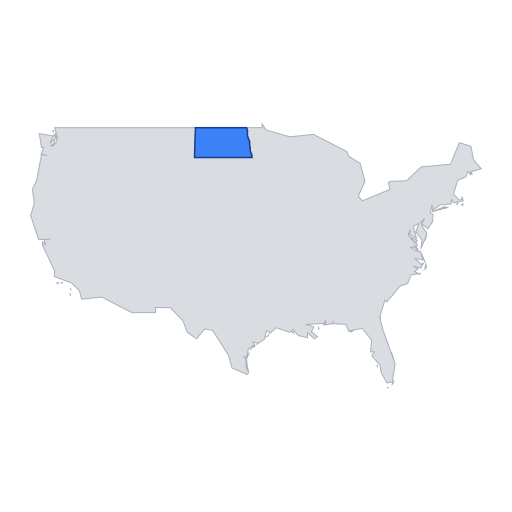 United States of America, with North Dakota highlighted
{"feature_id": "USA-3516", "entity_name": "North Dakota", "entity_type": "State", "adm_level": 1, "iso_a3": "USA", "parent_name": "United States of America", "parent_adm1": "", "projection": "equal_earth", "projection_center": [-98.519, 47.467], "detail": "fine", "context": "in_parent", "style": "filled", "palette": "blue", "viewbox_px": 512, "rotation_deg": 0, "n_neighbors": 0, "source": "natural_earth", "source_scale": "10m", "svg_char_len": 5928}
<svg xmlns="http://www.w3.org/2000/svg" viewBox="0 0 512 512"><path d="M421.2,166.9L450.5,164.2L459.4,142.6L471.0,146.3L473.4,159.7L481.3,168.7L470.5,171.9L470.2,174.4L467.9,171.3L465.9,176.7L457.6,180.4L453.5,194.1L459.3,200.0L462.5,199.3L461.3,196.7L462.5,197.9L463.2,200.9L453.8,202.8L451.6,199.6L451.1,204.0L440.1,204.9L432.4,210.5L432.9,207.3L431.9,205.3L430.4,212.8L432.9,214.2L432.8,220.6L428.0,228.9L421.6,223.7L424.6,218.5L420.9,222.2L423.1,227.9L425.9,231.3L426.7,235.0L420.8,248.7L422.2,240.1L415.9,232.0L418.7,223.5L413.4,226.1L416.5,238.6L410.8,234.8L409.0,235.2L410.3,231.3L410.1,230.1L408.6,233.2L408.7,235.8L417.3,240.7L415.7,243.0L411.7,238.6L410.2,237.8L415.3,243.1L417.4,244.2L416.5,247.4L413.7,244.9L418.1,249.7L417.2,250.4L415.1,247.9L409.9,246.8L416.6,251.4L420.5,251.2L425.5,263.1L421.2,254.0L422.8,259.9L415.2,258.6L421.1,264.5L423.6,262.8L420.7,268.1L413.4,266.2L418.0,269.0L414.4,271.7L419.0,273.7L411.1,274.9L407.6,283.6L400.2,286.0L386.8,301.9L384.9,300.1L380.3,314.8L380.0,318.5L382.9,329.8L395.1,363.7L392.3,381.9L387.0,382.9L381.3,373.2L379.9,365.1L371.9,355.8L374.3,351.7L370.6,351.9L371.6,340.1L362.2,328.3L348.6,331.1L345.9,324.3L332.4,323.7L334.0,321.1L331.7,323.7L325.6,324.9L325.4,319.7L324.5,323.4L306.0,324.4L313.9,327.0L311.4,331.8L317.5,336.5L314.5,339.0L307.7,332.7L307.4,337.6L298.2,335.5L292.9,329.3L289.9,332.5L276.4,327.7L268.8,334.4L270.7,332.6L266.5,330.8L264.5,339.2L256.4,344.6L258.2,342.9L252.9,342.1L254.8,344.9L248.5,348.5L246.2,357.8L243.3,356.3L245.8,358.8L246.2,367.4L248.8,372.7L246.9,374.5L231.9,367.9L228.5,355.3L212.7,330.4L204.6,329.0L196.7,338.8L187.2,332.3L183.0,320.9L170.5,307.7L155.7,307.5L155.5,312.6L131.8,312.6L101.8,297.1L81.6,299.2L79.4,290.7L71.4,282.8L54.2,276.6L54.6,270.7L42.1,244.5L42.9,241.7L45.5,245.2L44.2,239.5L50.6,239.0L38.6,239.7L30.7,215.7L34.3,203.1L32.4,189.1L36.7,180.2L41.5,154.8L47.4,155.4L41.0,154.2L43.7,147.5L41.5,147.5L39.3,133.6L53.5,136.0L49.7,143.3L55.1,138.1L53.9,144.2L50.2,145.7L52.7,146.0L55.7,143.4L57.4,137.2L54.7,127.7L262.1,127.7L262.1,124.1L266.3,130.1L289.9,136.8L313.5,134.4L346.9,151.6L348.6,156.1L360.2,163.5L365.0,181.4L358.3,196.1L362.3,200.9L390.0,189.3L388.3,182.5L390.7,181.3L406.5,180.8L421.2,166.9ZM443.8,208.0L448.5,207.3L432.1,211.7L445.5,206.3L443.8,208.0ZM55.0,133.6L56.4,137.5L56.2,138.1L53.9,135.1L55.0,133.6ZM248.5,371.2L246.5,363.6L246.6,359.3L246.9,363.8L248.5,371.2ZM471.7,172.4L471.9,174.5L471.1,174.1L471.7,172.4ZM293.1,331.5L293.6,333.3L292.0,331.9L293.1,331.5ZM60.5,283.3L62.6,282.4L62.7,282.6L60.5,283.3ZM58.4,282.7L57.5,283.8L56.9,282.8L58.4,282.7ZM458.2,203.1L457.0,204.5L456.6,204.2L458.2,203.1ZM247.8,355.4L246.6,358.8L249.4,352.2L247.8,355.4ZM391.5,352.5L393.8,359.2L391.1,351.8L391.5,352.5ZM70.5,288.7L71.3,290.5L70.4,288.9L70.5,288.7ZM393.3,382.9L391.7,385.1L394.2,380.5L393.3,382.9ZM426.4,267.1L424.8,269.6L425.8,263.6L426.4,267.1ZM53.4,130.4L53.3,131.6L52.6,131.0L53.4,130.4ZM254.9,346.3L251.9,347.8L254.9,345.8L254.9,346.3ZM462.8,203.8L462.9,205.3L461.5,204.9L462.8,203.8ZM70.1,293.6L70.7,295.8L69.8,293.9L70.1,293.6ZM251.2,349.1L250.1,350.0L251.1,348.6L251.2,349.1ZM426.2,237.6L424.6,240.9L426.4,236.4L426.2,237.6ZM267.9,335.9L266.0,337.2L268.7,334.9L267.9,335.9ZM380.7,316.6L380.5,319.3L380.2,317.4L380.7,316.6ZM419.7,274.1L419.1,274.7L420.8,272.7L419.7,274.1ZM353.5,330.5L351.3,331.9L350.3,331.6L353.5,330.5ZM324.8,324.4L324.3,324.9L323.0,324.8L324.8,324.4ZM377.4,365.4L377.8,367.3L377.0,365.0L377.4,365.4ZM318.9,328.2L318.6,330.0L318.4,326.8L318.9,328.2ZM388.3,387.7L387.0,387.9L388.7,387.3L388.3,387.7ZM432.5,221.7L431.7,223.3L432.6,221.0L432.5,221.7ZM423.4,270.1L422.7,270.7L423.4,270.1Z" fill="#d9dde1" stroke="#a8b0b8" stroke-width="1"/><path d="M195.4,127.7L196.0,127.7L197.7,127.7L199.3,127.7L201.0,127.7L202.6,127.7L204.3,127.7L205.9,127.7L207.6,127.7L209.2,127.7L210.9,127.7L212.5,127.7L214.2,127.7L215.6,127.7L215.8,127.7L217.5,127.7L219.1,127.7L220.8,127.7L222.4,127.7L224.1,127.7L225.7,127.7L227.4,127.7L229.0,127.7L230.7,127.7L232.3,127.7L234.0,127.7L235.6,127.7L237.3,127.7L238.9,127.7L240.6,127.7L242.2,127.7L243.9,127.7L245.5,127.7L246.6,127.7L246.6,128.0L246.8,128.3L246.8,128.6L246.9,128.8L247.0,128.8L247.0,129.2L247.2,129.7L247.3,130.1L247.5,130.6L247.6,131.0L247.5,131.4L247.3,131.7L247.2,132.1L247.4,132.7L247.4,133.0L247.5,133.2L247.5,133.3L247.4,133.4L247.3,133.6L247.4,134.3L247.5,134.4L247.5,134.6L247.4,135.3L247.4,135.7L247.5,136.0L247.6,136.4L248.0,137.1L248.0,137.5L248.2,137.8L248.4,138.1L248.3,138.3L248.3,138.5L248.5,139.0L248.6,139.3L248.8,139.5L249.0,139.9L249.1,140.1L249.2,140.3L249.3,140.4L249.3,140.8L249.4,141.1L249.5,141.1L249.6,141.3L249.5,141.6L249.5,141.8L249.5,142.0L249.6,142.3L249.5,142.8L249.5,143.0L249.7,143.3L249.6,144.5L249.7,144.8L249.8,145.2L249.8,145.5L249.8,145.8L249.9,146.2L249.9,146.4L249.8,147.1L249.9,147.3L250.0,147.4L250.0,147.6L250.3,147.8L250.3,148.0L250.2,148.2L250.2,148.3L250.2,148.7L250.2,148.8L250.1,149.0L250.1,149.3L250.2,149.6L250.2,149.8L250.2,150.1L250.1,150.4L250.1,150.6L250.4,151.1L250.5,151.3L250.5,151.6L250.6,151.8L250.5,152.0L250.7,152.3L250.7,152.5L250.8,152.7L251.2,153.3L251.5,153.6L251.6,153.8L251.7,154.0L251.7,154.6L251.7,154.8L251.7,155.0L251.9,155.3L251.9,155.5L252.0,155.9L252.0,156.1L251.9,156.3L251.9,156.6L251.9,156.8L252.0,157.5L250.2,157.5L248.4,157.5L246.6,157.5L244.9,157.5L243.1,157.5L241.3,157.5L239.5,157.5L237.7,157.5L235.9,157.5L234.1,157.5L232.3,157.5L230.5,157.5L228.7,157.5L226.9,157.5L225.2,157.5L223.4,157.5L221.6,157.5L219.8,157.5L218.0,157.5L216.2,157.5L214.4,157.5L212.6,157.5L210.8,157.5L209.0,157.5L207.3,157.5L205.5,157.5L203.7,157.5L201.9,157.5L200.1,157.5L198.3,157.5L196.5,157.5L194.5,157.5L194.5,155.7L194.6,154.0L194.6,152.3L194.7,150.7L194.7,149.1L194.8,147.4L194.8,145.8L194.9,144.1L194.9,142.5L195.0,140.9L195.0,139.3L195.1,137.6L195.1,136.0L195.2,134.4L195.3,132.8L195.3,131.2L195.4,129.6L195.4,127.7Z" fill="#3b82f6" stroke="#1e3a8a" stroke-width="1.5"/></svg>